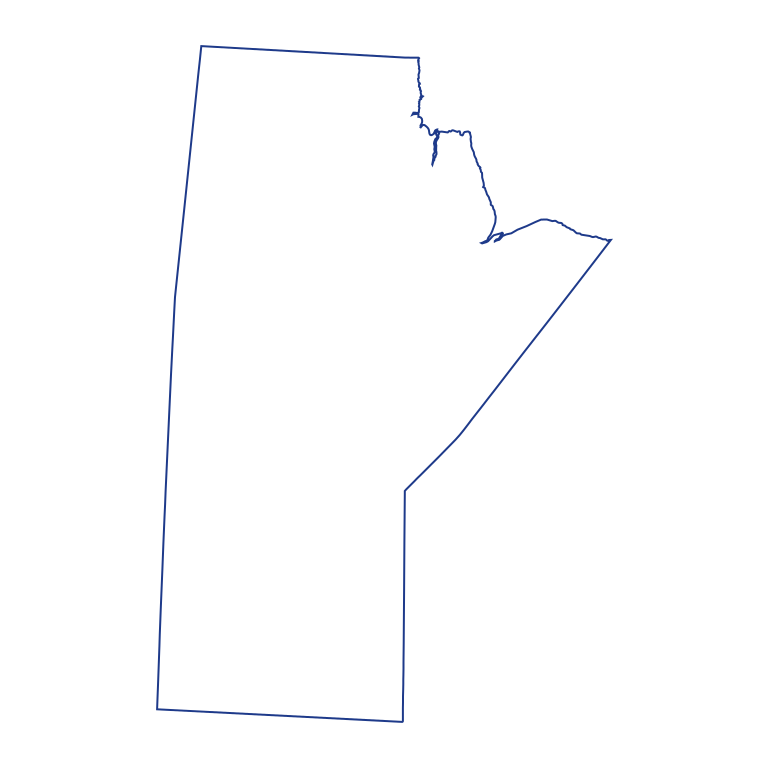 the Province of Manitoba
{"feature_id": "CAN-630", "entity_name": "Manitoba", "entity_type": "Province", "adm_level": 1, "iso_a3": "CAN", "parent_name": "Canada", "parent_adm1": "", "projection": "albers", "projection_center": [-94.63, 54.496], "detail": "fine", "context": "isolated", "style": "outline", "palette": "blue", "viewbox_px": 768, "rotation_deg": 0, "n_neighbors": 0, "source": "natural_earth", "source_scale": "10m", "svg_char_len": 5947}
<svg xmlns="http://www.w3.org/2000/svg" viewBox="0 0 768 768"><path d="M402.2,721.9L157.1,709.3L157.5,698.3L158.0,685.4L159.4,646.6L159.8,633.7L160.3,620.8L160.8,607.8L162.4,569.0L162.9,556.1L163.4,543.1L164.5,517.2L165.1,504.3L165.6,491.3L166.8,465.4L167.4,452.5L168.6,426.6L169.2,413.6L170.4,387.7L171.0,374.8L172.3,348.9L173.0,335.9L174.3,310.0L175.0,297.1L177.3,275.1L179.6,253.2L181.9,231.3L184.2,209.4L198.4,73.3L199.9,59.7L200.6,52.9L201.3,46.1L405.1,57.6L418.6,57.7L419.1,58.2L418.7,58.9L418.2,60.0L418.1,60.8L418.7,61.1L418.4,62.0L418.3,62.3L418.4,62.6L418.6,63.0L418.6,64.6L419.3,67.4L418.9,68.5L419.4,69.9L419.5,70.4L419.4,71.1L419.2,72.3L419.1,72.9L419.0,73.2L418.6,74.2L418.5,74.7L418.8,77.7L418.7,78.2L418.3,78.4L418.0,78.8L418.1,79.5L418.4,80.7L418.4,81.1L418.4,81.5L418.6,81.9L418.9,82.6L419.1,82.8L419.4,83.0L419.7,83.2L419.9,83.8L419.2,84.1L419.0,84.8L419.0,85.6L418.9,86.3L419.1,86.8L419.3,87.0L419.5,87.0L419.8,87.3L420.0,87.7L420.0,88.0L420.0,88.3L420.1,88.7L420.0,88.8L419.9,89.3L419.9,89.8L420.2,90.0L420.5,90.1L420.7,90.4L420.8,90.8L421.0,91.2L420.7,91.7L420.7,92.1L420.8,93.7L420.9,93.9L421.1,94.1L421.2,94.5L421.2,95.3L421.1,95.8L420.9,96.3L420.5,97.0L421.0,97.3L421.6,97.0L422.2,96.4L422.7,96.2L422.9,96.3L422.6,96.6L422.2,96.9L422.0,97.0L421.5,97.9L421.2,98.2L420.7,98.3L420.9,98.8L421.0,99.1L419.9,99.6L419.5,100.0L419.7,100.7L419.4,101.4L419.2,101.7L419.0,101.9L419.3,102.3L419.4,102.7L419.3,103.1L419.0,103.6L419.2,104.0L419.3,104.5L419.2,105.6L419.0,105.9L418.9,106.2L418.8,106.5L418.9,106.8L419.3,107.4L419.4,107.7L419.4,108.2L419.1,109.2L419.0,109.8L418.9,111.9L418.8,112.3L417.3,113.0L415.3,112.7L413.4,112.7L412.4,114.7L413.4,114.2L418.1,113.8L418.5,114.1L418.5,114.3L418.4,115.2L418.4,115.6L418.4,115.9L418.5,116.1L418.5,116.4L418.4,116.8L419.7,117.0L421.0,117.7L421.9,118.9L422.2,120.9L422.1,122.1L421.9,122.9L421.1,124.6L420.7,125.1L420.6,125.3L420.5,125.6L420.7,126.0L420.7,126.3L420.5,127.1L420.2,128.0L422.2,125.6L423.2,124.9L424.6,125.1L426.5,126.6L427.6,127.7L428.4,128.8L428.9,130.1L429.4,133.4L429.9,134.6L431.1,135.2L432.3,134.8L434.4,133.3L434.3,132.9L434.3,132.7L434.2,132.5L434.6,132.0L434.9,131.0L435.3,130.4L435.7,130.1L436.7,129.6L437.2,129.5L437.1,130.0L436.9,130.4L436.6,130.7L436.3,130.8L436.6,131.5L436.5,132.1L436.3,132.9L436.1,133.9L436.3,134.8L436.7,135.3L437.0,135.6L437.2,136.2L437.1,136.9L436.7,137.7L436.3,138.4L435.4,139.0L435.0,139.9L434.3,141.8L434.0,143.5L434.7,146.8L434.3,149.2L434.7,151.1L434.7,151.9L434.4,152.8L433.5,154.1L433.2,155.2L433.2,155.5L433.4,156.5L433.4,157.1L433.4,157.9L433.1,159.3L432.9,160.9L432.4,163.5L432.2,164.3L432.4,164.7L433.1,162.2L433.6,160.8L434.2,160.2L434.2,159.8L434.7,157.7L435.0,157.3L435.4,157.0L435.6,156.7L435.4,156.0L436.3,154.6L436.5,154.0L436.5,153.4L436.4,151.8L436.3,151.5L436.1,151.0L436.2,147.1L436.3,145.9L436.3,145.3L436.1,144.7L436.0,144.2L435.9,143.4L435.9,142.6L436.0,142.0L436.5,140.6L438.0,138.3L438.5,137.0L438.3,136.3L438.3,135.4L438.4,134.5L438.8,134.1L439.1,133.7L438.8,132.9L438.3,131.9L438.0,131.2L439.0,131.7L439.9,131.8L441.8,131.6L447.3,132.4L447.8,132.4L448.1,132.1L448.8,131.3L449.3,131.0L449.7,131.1L450.2,131.4L450.6,131.5L451.1,131.3L451.9,130.5L452.4,130.3L453.3,130.4L457.0,131.8L457.5,131.9L458.2,131.4L459.4,131.3L459.7,131.4L460.1,132.4L460.2,133.6L460.4,134.6L461.3,135.1L461.8,135.2L462.2,135.4L462.5,135.3L462.9,134.9L463.7,133.0L464.0,132.6L464.7,132.0L467.6,131.5L468.3,131.5L469.0,131.9L469.6,132.9L470.0,132.8L470.1,133.9L470.8,136.5L470.9,137.2L470.7,138.0L470.6,139.1L470.9,141.5L471.0,142.1L471.3,143.1L471.3,143.8L471.2,145.2L471.2,145.8L471.4,146.8L472.2,149.0L473.8,152.2L474.1,154.4L474.4,155.5L474.8,156.5L476.0,158.7L476.4,159.7L476.5,161.0L476.8,161.9L477.7,163.5L477.6,164.1L478.2,165.3L478.5,165.7L478.8,166.1L479.7,166.8L480.1,167.1L480.4,167.7L479.9,168.3L480.0,168.7L480.4,169.2L480.7,169.8L480.9,171.4L481.1,172.0L481.5,172.3L482.0,172.9L482.1,174.4L482.2,177.6L483.6,182.8L483.9,185.5L483.1,187.1L483.5,187.4L484.4,187.5L484.8,187.9L485.1,188.5L485.4,189.9L486.1,191.5L487.0,194.4L488.8,197.1L489.1,197.9L489.3,198.9L490.8,202.2L490.8,202.8L490.8,204.2L490.8,204.7L491.1,205.1L492.2,205.7L492.6,206.1L492.8,206.5L492.9,207.1L493.1,207.7L493.3,208.9L493.6,209.3L494.0,209.8L494.3,210.4L494.6,211.4L494.9,214.1L495.6,216.1L495.7,217.3L495.5,219.9L495.3,222.2L494.8,224.0L492.2,231.2L490.5,234.7L488.3,237.6L487.6,239.5L487.1,240.4L486.6,240.8L485.3,241.2L482.6,242.6L481.4,243.0L482.1,243.4L486.5,242.1L488.1,241.2L492.5,236.4L494.0,235.2L500.9,233.3L502.0,232.7L502.4,232.8L502.9,233.4L502.7,234.0L502.3,234.4L501.8,234.5L501.1,235.0L499.0,238.4L498.6,238.8L498.0,239.0L496.9,239.3L496.3,239.5L495.3,240.6L494.8,241.0L494.8,241.4L496.5,240.5L499.2,239.8L499.9,239.2L502.8,235.9L506.4,234.4L511.3,233.3L517.5,229.7L526.6,226.1L535.4,222.0L541.1,219.6L546.9,219.5L552.3,221.1L554.9,220.8L555.7,220.9L558.1,222.5L559.0,222.8L560.7,222.9L561.6,223.1L562.4,223.9L562.7,225.1L564.8,225.6L566.7,227.2L569.8,228.4L570.2,229.0L570.3,229.2L573.1,230.1L573.6,230.4L576.0,232.7L576.9,233.3L579.9,233.5L581.4,234.7L589.8,236.0L592.0,236.9L593.0,237.1L595.9,236.5L596.8,236.8L598.5,237.8L600.2,238.1L602.8,239.3L605.5,239.3L606.2,239.7L606.7,240.2L607.3,240.7L608.0,240.8L608.5,240.3L609.0,240.0L610.9,239.9L602.4,251.0L594.8,260.9L587.1,270.9L579.4,280.9L568.5,295.0L557.5,309.2L546.4,323.5L535.2,337.8L525.2,350.6L515.1,363.6L505.0,376.7L494.9,389.8L489.1,397.2L483.4,404.6L477.6,412.0L471.8,419.4L467.9,424.6L463.9,429.8L459.8,434.9L455.6,439.6L447.3,448.1L438.9,456.7L430.5,465.1L422.0,473.6L420.1,475.5L418.2,477.3L416.3,479.2L414.5,481.1L412.4,483.2L410.3,485.3L408.2,487.4L406.1,489.5L404.8,491.0L404.8,494.3L404.6,518.1L404.4,541.8L404.1,589.3L403.7,643.8L403.5,661.9L403.5,668.5L403.4,675.2L403.3,679.6L403.3,684.0L403.2,689.4L403.0,696.4L403.0,699.0L403.0,702.6L402.9,708.0L402.9,714.9L402.9,720.8L402.8,721.4L402.5,721.8L402.2,721.9Z" fill="none" stroke="#1e3a8a" stroke-width="2"/></svg>